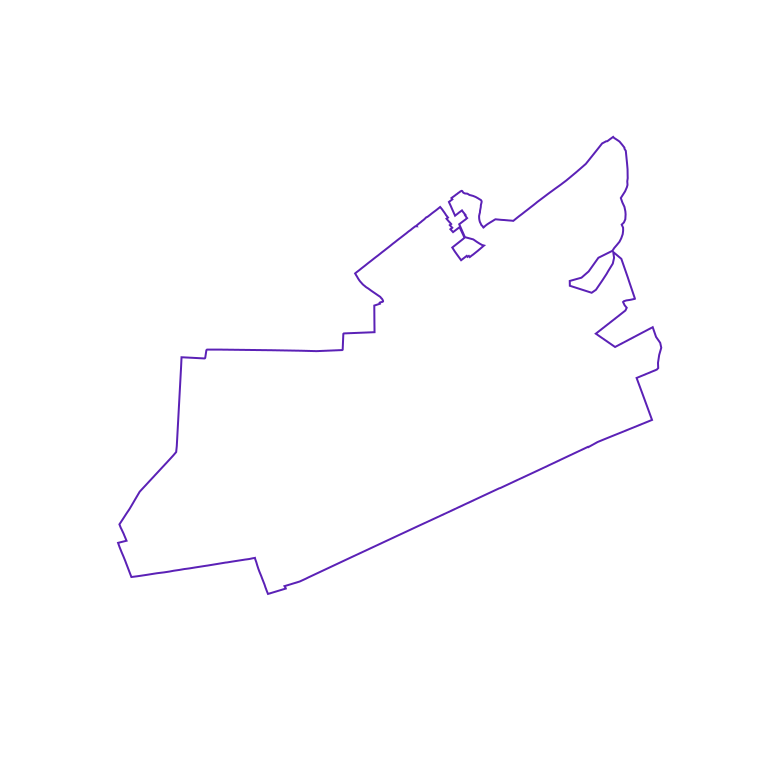 the district of Scarisoara, Olt, Romania, rotated 342°
{"feature_id": "2599482B52878080554645", "entity_name": "Scarisoara", "entity_type": "district", "adm_level": 2, "iso_a3": "ROU", "parent_name": "Romania", "parent_adm1": "Olt", "projection": "equal_earth", "projection_center": [24.562, 43.983], "detail": "fine", "context": "isolated", "style": "outline", "palette": "violet", "viewbox_px": 768, "rotation_deg": 342, "n_neighbors": 0, "source": "geoboundaries", "source_scale": "gbopen_adm2", "svg_char_len": 5558}
<svg xmlns="http://www.w3.org/2000/svg" viewBox="0 0 768 768"><g transform="rotate(342 384 384)"><path d="M627.8,501.0L627.6,495.1L626.8,473.6L626.1,456.3L647.9,454.6L649.7,453.6L651.1,448.6L654.7,441.4L658.9,435.2L659.4,430.2L657.3,423.3L657.1,413.0L615.2,420.2L601.0,401.6L631.4,390.5L636.3,388.7L638.4,386.5L637.2,383.5L636.7,379.9L637.7,379.4L640.3,379.4L643.8,380.0L644.7,380.1L645.4,380.2L648.9,380.5L649.0,380.3L649.0,378.5L648.8,362.2L648.8,358.2L648.4,338.3L642.8,329.3L641.8,335.1L638.8,340.2L632.0,346.0L629.7,348.1L624.0,352.7L614.7,359.9L609.7,361.4L591.1,348.0L592.5,343.4L604.7,343.9L613.4,340.2L626.9,330.2L642.4,327.9L645.0,325.8L648.3,323.8L651.9,321.5L654.6,318.8L657.3,315.3L658.8,312.1L659.7,309.2L659.3,305.9L662.1,304.5L664.4,301.9L666.2,297.3L666.9,294.4L667.4,289.8L666.8,285.0L666.7,280.3L672.8,275.3L675.8,271.9L677.1,269.9L678.0,266.4L679.4,263.5L680.2,260.8L682.0,255.0L683.3,249.4L686.0,237.0L685.4,234.5L685.7,233.5L684.5,230.2L682.9,226.2L681.7,224.6L679.3,221.6L678.7,220.8L678.3,219.8L674.6,221.0L671.4,222.1L670.3,221.8L668.2,222.2L665.8,222.6L659.2,227.0L644.0,237.0L632.2,242.0L620.2,246.8L612.9,249.3L612.3,249.5L610.7,250.0L606.6,251.3L603.6,252.3L601.1,253.1L598.7,253.9L594.1,255.5L589.7,257.0L585.9,258.3L584.7,258.8L581.8,259.9L577.6,261.4L573.8,262.8L571.5,263.6L567.7,265.0L564.2,266.2L561.0,267.4L557.4,268.8L555.9,268.1L552.5,266.7L549.0,265.2L546.2,264.1L543.9,263.1L542.3,262.4L540.9,261.8L540.2,261.9L537.4,262.6L534.8,263.2L531.7,264.0L529.4,264.8L527.3,265.8L526.9,265.9L526.7,265.3L526.6,264.6L526.3,263.9L525.9,263.4L525.7,262.7L525.6,261.8L525.5,260.9L525.3,259.8L525.3,258.8L525.4,257.7L525.5,256.9L525.6,256.3L525.8,255.5L526.1,254.4L526.4,253.5L526.9,252.7L527.5,251.6L528.1,250.8L528.3,250.4L528.6,249.6L529.0,248.7L529.6,247.6L530.4,246.2L530.8,245.4L531.2,244.3L531.7,243.3L532.1,242.7L532.6,241.9L532.9,241.4L533.2,240.8L533.3,240.2L533.2,239.7L533.1,239.3L533.0,239.0L532.7,238.6L532.0,237.9L531.6,237.4L531.1,236.8L530.6,236.2L530.2,235.8L529.5,235.0L528.9,234.4L528.2,233.8L527.6,233.3L526.9,232.7L526.5,232.4L525.8,232.0L525.0,231.4L524.4,231.1L524.0,230.8L523.7,230.6L523.5,230.4L522.8,229.5L522.5,229.2L522.1,228.8L521.7,228.5L521.2,228.4L520.1,227.9L519.6,227.6L518.9,226.9L518.5,226.4L518.3,225.8L518.1,224.9L517.9,224.5L517.6,224.3L517.2,224.3L516.0,224.5L515.1,224.9L514.2,225.1L513.3,225.4L512.4,225.8L511.5,226.0L511.0,226.2L509.9,226.6L509.0,226.9L507.8,227.3L506.7,227.6L505.6,228.0L506.1,229.5L502.0,230.9L502.1,232.0L502.5,235.3L502.8,238.4L503.0,240.3L503.6,245.9L504.9,245.4L506.6,244.8L508.4,244.1L510.3,243.5L511.8,243.0L512.3,244.7L512.8,245.9L513.7,248.3L513.2,248.4L513.5,249.5L513.9,250.9L514.3,251.9L512.4,252.7L510.3,253.4L504.9,255.3L506.3,269.3L513.5,274.0L514.1,274.7L516.2,277.5L518.2,279.9L520.2,282.1L521.9,283.2L514.4,286.3L508.3,288.6L507.8,288.7L504.8,289.8L504.3,288.4L502.7,288.9L502.3,287.7L495.6,290.1L493.6,284.0L492.3,279.9L491.1,275.3L503.8,270.6L505.7,269.8L505.4,266.5L504.3,258.2L496.6,260.9L495.0,257.3L497.2,256.5L495.7,253.2L497.3,252.6L496.5,250.7L496.0,249.7L494.5,246.1L496.3,245.5L495.5,243.3L495.2,242.6L494.8,240.9L494.3,239.2L493.6,237.1L493.4,236.3L492.6,234.2L492.1,233.0L488.7,234.3L486.5,235.1L484.1,235.9L481.8,236.7L480.3,237.3L476.9,238.5L475.8,238.5L473.6,239.6L472.2,240.2L470.7,240.7L469.1,241.4L466.8,242.2L464.6,243.1L463.6,243.5L463.8,244.1L463.2,243.9L462.8,243.8L462.5,243.7L461.9,243.9L460.2,244.5L458.5,245.1L456.8,245.8L454.8,246.4L453.2,247.0L452.0,247.5L450.0,248.2L447.8,249.0L445.3,249.9L442.7,250.8L440.5,251.6L438.4,252.4L435.8,253.3L433.0,254.4L430.6,255.3L428.1,256.2L425.4,257.2L423.1,258.0L420.2,259.1L417.8,260.0L416.0,260.6L413.2,261.6L410.0,262.8L406.6,264.0L402.4,265.6L398.5,267.0L395.4,268.2L392.5,269.2L390.7,269.9L391.0,271.4L391.6,273.8L391.9,275.3L392.2,276.5L392.6,277.9L393.1,279.3L393.9,281.0L394.0,281.4L395.0,283.4L395.4,284.0L395.9,284.7L396.4,285.6L397.1,286.6L398.6,288.4L400.6,291.2L401.9,292.9L405.9,298.1L407.4,300.0L407.8,301.2L408.3,302.1L408.6,303.1L408.8,304.6L408.6,305.2L408.1,305.3L407.6,305.4L405.9,305.2L405.1,305.3L404.9,305.4L404.9,306.4L404.2,306.4L401.4,306.4L399.0,306.4L394.6,320.3L391.0,331.8L361.5,323.5L360.8,323.8L355.3,338.6L354.7,338.8L330.0,331.9L315.6,326.8L288.3,317.4L241.9,301.7L237.7,300.3L226.4,296.6L225.5,297.0L222.1,303.8L221.6,304.2L221.1,304.2L208.1,299.2L199.7,296.0L196.2,305.3L167.7,379.1L165.3,384.5L161.4,386.9L156.8,389.5L118.4,410.9L111.5,417.0L106.8,421.2L103.4,424.2L98.8,427.8L94.5,431.3L90.4,434.6L89.0,435.7L89.2,439.4L89.4,440.5L90.1,445.9L90.3,448.7L90.4,449.7L90.7,453.5L82.0,452.9L82.1,457.3L82.5,463.2L82.9,467.4L83.3,473.1L83.3,473.7L83.6,479.4L84.1,489.5L89.9,490.6L94.0,491.3L100.0,492.3L105.8,493.2L109.5,493.8L111.1,494.1L116.7,495.2L122.2,496.1L126.2,496.6L132.0,497.6L137.0,498.3L139.0,498.7L142.3,499.3L148.2,500.2L158.7,501.9L160.3,502.2L161.1,502.3L170.3,503.7L178.3,504.9L179.6,505.2L184.9,506.0L196.0,507.8L196.6,507.9L197.4,508.0L198.9,508.3L201.7,508.8L205.5,509.2L206.8,509.4L207.2,509.5L207.5,509.5L207.4,510.9L207.5,513.8L207.4,517.4L207.4,521.4L207.5,522.8L207.5,523.6L207.9,528.8L208.0,531.2L208.2,534.5L208.4,537.9L208.4,540.2L208.4,541.3L208.5,541.9L208.5,543.2L208.6,545.1L208.8,547.8L212.7,547.9L222.8,548.1L227.4,548.2L227.4,547.6L226.9,545.5L242.8,545.8L249.6,545.0L252.2,544.6L300.0,538.6L372.4,529.7L394.2,527.1L461.5,518.8L462.3,518.9L481.4,516.5L505.2,513.6L534.9,509.8L558.6,506.8L558.8,507.2L569.1,505.2L575.5,504.7L584.0,504.1L626.3,501.1L627.8,501.0Z" fill="none" stroke="#5b21b6" stroke-width="2"/></g></svg>